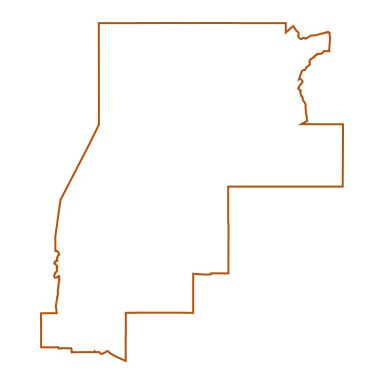 the district of Flinders Ranges, South Australia, Australia
{"feature_id": "25037944B48952282466613", "entity_name": "Flinders Ranges", "entity_type": "district", "adm_level": 2, "iso_a3": "AUS", "parent_name": "Australia", "parent_adm1": "South Australia", "projection": "albers", "projection_center": [138.36, -32.133], "detail": "fine", "context": "isolated", "style": "outline", "palette": "amber", "viewbox_px": 384, "rotation_deg": 0, "n_neighbors": 0, "source": "geoboundaries", "source_scale": "gbopen_adm2", "svg_char_len": 4292}
<svg xmlns="http://www.w3.org/2000/svg" viewBox="0 0 384 384"><path d="M342.7,186.6L342.7,186.1L343.0,134.3L343.0,124.3L301.3,124.2L307.2,120.9L307.2,120.3L306.7,117.8L306.8,116.9L306.7,116.0L306.4,115.2L305.9,113.2L305.9,109.7L305.5,108.2L305.7,105.0L305.0,103.0L304.9,102.9L304.3,102.0L303.9,101.6L303.1,100.5L302.7,99.5L302.6,99.1L302.8,98.7L302.1,96.3L301.4,96.2L300.2,91.9L300.6,91.6L300.8,91.1L300.8,90.6L300.4,90.2L298.7,89.3L298.6,88.6L298.2,88.2L298.9,87.7L299.0,87.2L299.0,86.7L300.4,84.6L300.9,84.2L301.9,83.0L302.2,82.3L302.7,81.6L302.6,81.4L301.5,79.9L300.9,79.5L300.3,79.0L300.0,78.8L299.3,79.0L299.0,79.2L301.9,71.0L303.9,69.9L304.4,70.0L305.1,69.8L306.5,67.1L307.0,66.8L307.3,66.8L308.5,65.7L309.0,65.4L310.0,64.2L309.9,63.4L309.8,63.0L309.6,62.7L309.5,62.1L309.6,61.8L309.6,61.7L309.6,61.4L309.6,61.1L309.5,60.9L309.7,60.7L309.9,60.2L310.1,60.0L310.3,59.7L310.5,59.5L310.7,59.4L310.9,59.2L311.1,58.8L311.3,58.7L311.5,58.7L311.9,58.7L312.0,58.7L312.3,58.4L312.4,58.2L312.6,58.0L312.7,57.9L312.8,57.7L313.0,57.5L313.2,57.4L313.3,57.4L313.6,57.3L313.8,57.2L314.0,57.1L314.2,56.9L314.4,56.9L314.5,56.8L314.5,56.7L314.6,56.2L314.8,55.9L315.1,55.8L315.4,55.7L315.5,55.7L315.9,55.4L316.0,54.9L316.7,54.3L317.3,54.3L317.5,54.0L317.9,54.3L318.8,53.7L319.6,53.9L321.5,53.7L322.2,53.0L322.7,52.8L323.2,52.2L323.4,51.9L323.6,51.1L329.3,51.1L329.1,50.6L330.1,37.8L329.4,34.1L329.7,33.1L329.3,32.8L329.1,32.5L328.7,32.3L328.4,32.1L327.5,32.4L327.5,32.0L324.2,33.0L322.2,33.6L321.5,33.6L319.7,34.1L318.1,34.6L316.9,34.9L314.8,35.3L310.9,35.6L307.9,37.4L307.4,37.9L306.7,38.3L306.1,38.5L306.2,38.2L302.9,38.0L301.8,39.1L300.1,38.7L298.8,37.8L298.3,36.1L298.1,35.3L298.5,34.7L298.7,34.0L298.5,33.0L298.3,32.5L298.0,32.1L297.8,32.0L296.8,31.2L293.2,26.2L290.2,28.6L285.8,32.5L285.8,23.1L274.0,23.1L257.2,23.1L236.1,23.1L228.4,23.0L215.5,23.0L204.8,23.0L201.7,23.0L189.4,23.1L174.3,23.0L135.6,23.1L98.8,23.1L98.9,124.6L94.2,134.2L89.6,143.6L67.4,186.6L60.5,199.9L55.3,236.6L55.3,241.6L55.4,244.7L55.3,250.8L56.8,250.8L57.1,251.3L58.3,252.1L58.8,253.0L59.2,254.8L58.7,255.2L58.2,255.3L57.9,255.6L57.9,256.2L57.6,257.2L57.5,257.4L57.0,257.6L57.1,258.6L56.8,259.8L57.4,260.7L56.5,261.3L55.8,261.4L55.3,261.3L54.5,262.3L54.3,263.5L55.0,263.6L55.9,264.8L57.4,266.5L57.4,266.8L57.1,267.0L57.2,267.3L56.9,267.9L56.9,268.3L56.7,268.9L56.8,269.4L57.0,269.5L57.1,270.0L57.2,270.6L56.9,271.4L56.4,271.9L56.1,272.1L55.6,272.1L55.0,273.0L55.0,273.4L55.2,273.8L54.4,274.6L54.1,275.2L54.5,277.1L54.7,277.5L57.0,277.5L57.6,276.9L58.4,276.2L59.1,276.1L59.3,276.5L59.2,277.1L59.2,277.9L59.3,278.2L59.3,278.8L59.0,279.2L59.3,279.9L59.3,280.5L59.1,280.7L59.2,281.4L59.0,282.1L59.1,282.5L58.9,282.8L58.6,283.4L58.6,284.4L58.3,285.2L58.4,285.4L58.5,286.0L58.4,286.0L58.2,286.9L58.2,288.6L58.3,289.0L57.7,290.2L57.7,290.8L57.9,291.7L57.8,292.6L58.2,293.0L57.8,295.0L57.5,295.4L57.6,296.0L57.1,297.0L57.3,297.3L57.3,297.5L57.3,297.9L57.1,299.3L56.8,299.6L56.2,304.4L55.9,305.3L55.8,306.1L55.8,306.7L56.3,308.9L56.5,311.4L56.7,313.2L53.6,313.2L51.8,313.2L51.6,313.2L50.3,313.2L41.6,313.3L41.3,313.3L41.0,313.3L41.1,331.2L41.1,347.3L45.7,347.3L50.4,347.3L50.6,347.3L58.5,347.3L58.5,348.4L62.0,348.4L62.0,348.2L71.2,348.3L72.0,352.0L71.7,352.0L71.7,352.4L72.3,352.4L72.3,352.2L94.6,352.1L94.8,351.4L95.5,352.2L96.1,352.2L96.4,352.2L96.5,352.2L99.3,352.1L100.3,353.3L101.1,353.9L103.2,353.5L103.7,353.1L105.6,352.2L106.0,352.0L106.8,351.3L107.9,351.1L109.9,353.1L114.1,355.6L114.7,355.8L115.0,356.0L116.7,356.9L121.4,359.0L125.7,361.0L125.7,349.4L125.7,346.9L125.7,345.3L125.7,344.7L125.7,340.0L125.7,333.6L125.8,333.6L125.8,326.7L125.8,318.9L125.8,312.8L131.1,312.8L136.7,312.7L140.2,312.7L143.8,312.7L144.0,312.7L150.6,312.7L156.8,312.7L162.9,312.7L163.5,312.7L170.0,312.7L181.0,312.7L187.3,312.8L187.5,312.8L193.2,312.9L193.2,296.2L193.1,295.9L193.2,294.9L193.2,292.5L193.2,273.7L197.7,274.1L201.5,274.3L203.6,274.5L210.6,274.5L211.1,273.3L228.4,273.4L228.4,253.0L228.5,241.3L228.5,235.9L228.5,228.0L228.5,227.1L228.5,225.8L228.2,220.7L228.2,219.7L228.2,193.7L228.2,186.6L233.0,186.6L259.8,186.6L276.7,186.6L281.9,186.6L285.6,186.6L289.4,186.6L297.5,186.6L301.2,186.6L305.1,186.6L309.3,186.6L314.9,186.6L322.5,186.6L330.4,186.6L330.5,186.6L338.7,186.6L342.7,186.6Z" fill="none" stroke="#b45309" stroke-width="2"/></svg>